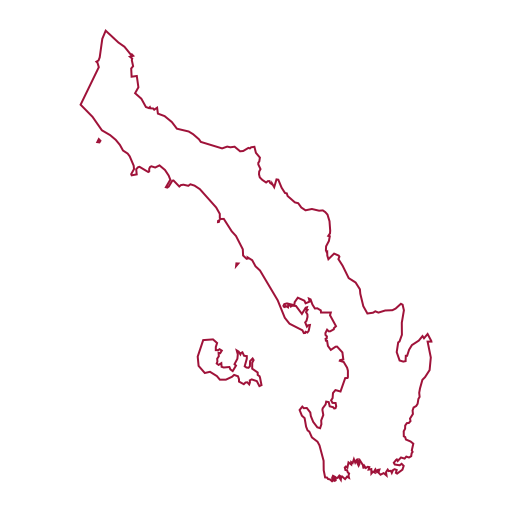 outline of Tapanuli Tengah, Sumatera Utara, Indonesia
{"feature_id": "22746128B86210793324026", "entity_name": "Tapanuli Tengah", "entity_type": "district", "adm_level": 2, "iso_a3": "IDN", "parent_name": "Indonesia", "parent_adm1": "Sumatera Utara", "projection": "equal_earth", "projection_center": [98.833, 1.868], "detail": "fine", "context": "isolated", "style": "outline", "palette": "rose", "viewbox_px": 512, "rotation_deg": 0, "n_neighbors": 0, "source": "geoboundaries", "source_scale": "gbopen_adm2", "svg_char_len": 6096}
<svg xmlns="http://www.w3.org/2000/svg" viewBox="0 0 512 512"><path d="M80.6,104.7L92.5,116.8L101.9,130.3L110.1,135.1L115.7,139.8L119.9,144.9L123.0,150.5L127.7,153.6L129.7,156.3L133.7,165.7L134.0,169.1L131.2,174.1L131.7,175.3L136.7,174.4L136.2,169.2L138.1,167.2L139.5,166.8L148.2,172.0L149.2,171.4L149.2,168.8L150.0,167.1L151.3,166.3L155.2,167.5L159.5,165.4L165.0,170.0L168.7,175.6L170.3,179.7L165.9,187.2L167.3,187.6L168.8,186.5L172.3,180.7L173.5,180.5L179.3,186.5L180.9,185.1L183.4,184.7L188.3,185.8L190.4,184.3L194.5,185.6L199.8,189.1L216.2,207.5L219.8,213.9L219.8,218.0L220.6,219.0L223.8,218.9L231.7,231.3L236.0,236.0L242.8,249.3L243.1,255.5L246.6,258.8L248.0,258.5L247.8,257.5L252.2,260.2L255.5,266.3L260.0,270.5L277.7,300.3L284.8,317.8L289.5,323.7L302.4,330.3L303.8,333.1L305.1,333.0L305.6,331.8L307.4,332.5L308.7,330.8L309.9,325.0L308.0,325.3L306.9,326.6L305.2,322.4L306.5,320.8L307.5,316.9L307.4,314.4L306.0,312.1L307.5,309.9L306.3,309.6L307.0,307.3L305.7,307.7L301.9,313.9L296.0,306.0L292.4,305.7L290.7,306.6L289.4,304.6L288.2,304.8L288.0,307.3L285.7,306.0L284.8,307.1L283.8,306.7L283.4,305.8L284.3,304.1L287.0,303.4L294.3,305.2L294.7,302.1L297.8,297.7L304.4,300.7L305.6,303.3L309.6,301.6L308.9,298.6L310.6,299.4L312.4,304.5L314.9,308.5L317.3,308.3L320.8,310.4L321.0,312.5L330.8,312.5L330.0,315.2L336.0,326.2L333.9,328.2L333.8,329.3L330.2,331.3L328.7,331.3L327.1,329.7L325.4,333.1L325.5,335.0L326.9,336.4L326.7,338.4L325.6,338.8L325.9,340.7L327.1,340.9L327.9,345.9L330.8,349.9L335.6,346.7L337.1,346.6L342.4,352.4L343.3,359.4L340.1,360.1L339.8,360.8L343.7,362.0L347.1,367.7L347.9,370.7L347.9,377.1L347.5,378.0L345.2,378.1L340.5,391.5L335.4,390.1L333.0,393.0L332.6,398.1L331.1,400.3L332.5,402.9L335.6,403.0L336.2,406.3L335.5,408.2L334.2,408.5L333.1,407.2L329.7,406.3L328.7,402.1L326.2,401.6L325.6,404.4L322.7,408.3L322.4,409.9L323.3,415.0L321.2,420.4L321.4,424.2L320.1,428.2L317.3,427.3L313.2,421.9L310.8,416.0L310.3,412.5L306.8,408.0L303.8,408.2L302.3,406.6L299.6,410.0L301.9,415.7L304.6,418.1L306.1,426.7L307.6,430.4L309.3,431.6L311.9,437.4L317.5,441.7L319.5,445.4L323.6,460.8L323.7,470.2L325.1,477.4L327.1,477.6L328.0,479.0L329.9,479.4L332.1,481.3L333.0,480.7L332.1,478.0L333.0,475.8L334.9,476.8L333.7,479.2L334.8,480.8L335.7,480.3L335.6,477.7L337.5,477.9L339.4,475.5L340.3,476.1L339.7,478.1L340.8,479.8L341.0,477.8L342.1,476.5L345.1,479.1L347.0,476.7L349.0,477.8L348.5,475.7L349.1,473.5L347.8,472.4L347.1,470.3L345.4,470.0L344.8,467.5L345.9,466.5L347.4,467.7L348.5,462.4L351.2,464.5L351.2,462.1L352.6,463.1L353.9,459.2L355.2,462.6L356.7,459.7L357.6,459.4L357.2,462.7L358.6,465.7L359.4,464.1L359.0,461.4L359.7,460.0L362.9,465.1L363.5,468.5L364.3,465.8L365.8,468.0L367.7,466.8L369.3,467.1L368.6,469.6L371.3,469.1L371.4,473.5L372.9,471.7L374.8,472.6L374.6,470.6L375.4,469.3L376.8,471.8L377.9,469.9L379.4,469.6L378.4,472.5L380.5,474.7L383.7,473.1L386.5,475.5L386.0,472.2L387.7,469.6L388.7,471.1L390.9,470.8L391.8,472.9L393.1,470.0L394.6,469.2L396.7,470.0L395.9,472.8L397.1,473.6L402.4,469.7L403.7,465.9L401.6,463.8L399.7,465.3L394.8,464.5L393.8,462.8L396.2,459.8L396.8,459.4L397.7,461.0L401.0,457.5L404.6,458.6L406.3,456.6L409.0,457.5L411.2,456.2L411.6,453.3L412.6,451.9L411.8,450.4L413.3,443.7L410.6,441.5L405.9,439.5L405.2,437.1L403.8,436.3L403.7,431.3L405.1,428.7L405.2,425.5L406.9,423.1L408.8,423.0L410.5,421.1L410.0,418.6L412.9,414.0L412.6,410.4L413.6,407.5L416.2,406.0L417.6,403.8L418.4,398.9L419.6,396.9L419.2,392.8L420.0,388.4L422.4,379.8L425.0,377.2L429.6,370.1L430.8,357.5L427.6,341.6L431.4,341.6L431.3,341.0L427.6,334.0L424.0,338.3L422.5,336.1L418.8,340.6L411.9,345.1L409.1,349.7L407.1,355.8L405.8,355.8L405.6,361.1L403.3,361.6L399.6,360.5L396.7,352.1L398.2,342.4L399.5,341.5L401.9,334.8L401.8,322.7L403.9,310.3L402.6,304.7L400.9,303.8L395.6,308.6L392.4,310.2L385.2,310.5L378.4,312.6L375.3,311.3L373.1,312.7L367.4,313.5L363.3,306.2L360.3,293.8L359.9,289.3L355.6,282.5L348.7,278.1L342.6,265.7L338.4,259.1L339.4,256.7L338.7,255.6L334.1,253.6L328.4,259.2L327.3,255.6L327.2,252.0L326.8,252.4L325.9,250.3L326.1,246.3L328.9,241.0L329.8,236.3L328.3,235.9L330.0,233.4L330.2,230.7L329.5,221.2L327.5,214.6L325.3,212.1L322.8,210.4L319.1,210.7L311.9,209.0L305.5,210.3L301.3,207.5L298.2,203.2L294.9,202.4L287.6,196.0L286.8,193.4L285.0,193.0L281.6,187.7L278.3,179.7L276.5,179.4L274.2,187.2L272.0,183.4L271.9,184.2L270.0,182.8L269.5,181.1L267.9,181.1L266.1,182.5L262.3,179.9L259.8,177.4L259.0,174.3L259.2,171.5L260.5,169.1L258.3,164.4L258.3,162.8L259.3,161.4L259.9,157.6L255.9,152.8L254.4,146.8L251.1,147.3L249.9,148.4L248.4,147.9L243.2,151.0L240.1,151.3L234.6,146.7L230.4,147.3L227.2,146.6L222.1,148.4L200.8,141.9L199.0,139.3L193.1,134.2L188.7,131.5L176.9,128.7L171.9,122.1L164.6,116.1L157.9,113.6L157.1,107.7L154.2,109.7L153.2,108.5L150.4,108.3L149.9,107.1L148.9,108.1L145.9,107.0L141.4,98.8L135.1,93.2L138.4,87.3L136.8,76.0L131.6,76.7L131.2,68.5L133.1,66.2L131.8,60.1L132.2,58.6L130.0,56.7L133.2,55.8L131.2,53.7L131.7,55.1L130.9,54.7L124.5,46.8L118.4,42.5L105.7,30.7L102.3,38.8L99.7,57.4L98.5,60.5L96.4,61.7L97.5,62.8L98.8,67.2L80.6,104.7ZM215.8,347.0L217.1,343.0L213.0,339.4L203.2,340.1L197.7,356.6L198.6,365.9L204.8,373.0L210.0,371.8L216.9,376.1L219.9,379.7L225.8,379.7L232.0,376.8L234.1,374.9L238.0,376.3L239.0,379.2L239.0,381.6L243.8,384.2L245.5,382.5L247.3,382.3L249.2,384.4L249.9,382.5L249.8,380.4L251.7,379.4L256.8,381.1L259.4,386.1L261.5,385.1L260.1,378.0L259.6,376.3L257.7,374.9L257.7,372.5L252.2,368.7L252.2,362.8L253.6,360.1L252.6,358.5L250.1,361.1L249.9,366.3L248.5,367.8L246.4,367.5L244.7,366.3L246.8,358.7L246.8,356.1L244.1,355.8L242.4,352.3L241.0,353.0L240.4,354.4L238.7,351.6L236.7,350.4L237.8,354.4L237.4,358.7L234.5,364.2L236.0,365.6L232.7,371.1L230.4,369.4L229.4,367.0L223.7,367.5L221.6,366.8L221.3,363.2L218.6,364.9L216.7,363.5L217.4,361.6L217.2,358.7L218.8,356.3L218.6,352.8L220.2,353.2L221.8,350.6L219.5,349.2L218.3,350.1L215.8,350.1L215.8,347.0ZM99.4,142.4L100.4,140.8L98.8,139.1L97.3,142.1L99.4,142.4ZM238.3,263.5L236.4,263.4L236.1,266.1L238.3,263.5ZM218.8,222.0L219.5,220.1L218.1,220.9L218.0,222.1L218.8,222.0Z" fill="none" stroke="#9f1239" stroke-width="2"/></svg>